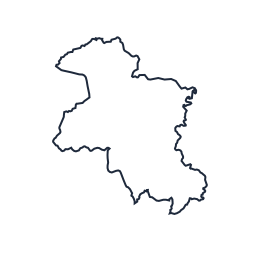 Katanda, Kasaï-Oriental, Democratic Republic of the Congo, rotated 164°
{"feature_id": "63176286B83227238071318", "entity_name": "Katanda", "entity_type": "district", "adm_level": 2, "iso_a3": "COD", "parent_name": "Democratic Republic of the Congo", "parent_adm1": "Kasaï-Oriental", "projection": "orthographic", "projection_center": [23.871, -6.077], "detail": "fine", "context": "isolated", "style": "outline", "palette": "slate", "viewbox_px": 256, "rotation_deg": 164, "n_neighbors": 0, "source": "geoboundaries", "source_scale": "gbopen_adm2", "svg_char_len": 4725}
<svg xmlns="http://www.w3.org/2000/svg" viewBox="0 0 256 256"><g transform="rotate(164 128 128)"><path d="M142.4,53.7L139.4,54.7L138.9,56.8L137.3,56.7L136.2,57.9L136.2,58.9L134.6,60.8L132.9,61.4L130.4,61.7L129.3,63.1L127.9,62.1L127.1,63.2L126.0,63.0L126.4,62.1L126.0,55.7L123.8,54.7L120.6,50.4L118.4,49.4L113.9,49.3L111.3,48.6L108.4,47.0L108.1,48.0L106.8,48.5L106.2,48.8L105.5,49.0L105.3,48.4L105.2,47.8L105.0,47.1L105.2,46.4L105.3,45.6L105.5,44.8L105.7,44.0L105.9,43.1L106.3,42.5L107.3,41.1L107.7,41.0L108.1,40.8L108.1,40.1L108.2,39.3L108.2,38.6L109.1,37.7L109.6,37.6L110.0,37.5L110.2,35.9L110.8,35.2L111.4,34.4L110.0,34.4L107.1,32.6L104.4,32.6L103.6,32.8L101.3,33.3L99.7,34.4L96.8,35.4L93.7,38.3L92.2,38.1L91.8,38.9L89.7,40.6L88.0,43.4L87.0,43.1L86.4,42.0L83.8,41.9L81.1,40.5L80.2,39.2L79.8,38.6L78.9,38.4L77.9,39.0L75.4,38.9L74.7,39.6L74.7,40.0L74.8,40.3L76.3,41.3L76.5,42.0L75.7,43.5L74.6,43.4L74.0,44.7L71.5,45.5L71.1,46.2L71.3,47.1L72.5,48.7L72.2,49.4L70.5,49.5L69.7,49.9L68.6,50.5L67.9,51.5L68.2,56.9L67.1,59.6L67.3,61.0L68.3,62.4L69.5,64.3L70.6,65.2L70.9,66.0L71.6,67.9L73.3,69.1L75.1,69.3L78.6,71.8L79.0,71.7L79.4,72.4L77.6,75.2L78.0,75.8L78.1,76.0L82.9,75.8L83.7,76.8L84.0,77.6L85.6,81.6L84.7,83.1L83.3,84.1L83.1,84.8L82.9,85.5L83.4,88.7L83.2,90.5L83.8,92.0L85.3,93.1L87.0,93.3L87.6,93.3L88.3,94.2L88.4,94.4L88.5,95.4L87.0,97.4L86.3,99.3L84.8,100.3L83.7,102.3L80.6,104.0L79.9,104.8L79.7,105.4L80.5,107.1L81.6,108.4L82.0,110.6L83.2,112.2L83.1,112.6L82.6,114.9L81.3,115.9L80.0,116.3L79.2,115.9L77.9,115.3L76.8,116.5L75.6,116.4L73.8,114.7L71.9,114.4L71.8,114.5L71.6,114.9L72.6,117.7L72.7,119.1L72.2,119.7L70.7,119.6L70.1,119.9L70.5,122.3L70.6,122.6L69.7,123.7L69.0,126.1L66.8,128.5L69.1,133.2L68.3,134.7L67.5,134.7L67.2,133.6L66.8,133.4L66.4,133.2L65.5,133.7L61.8,133.6L61.5,133.7L60.4,134.2L60.6,135.2L64.5,137.1L64.9,138.4L64.2,139.6L62.4,141.2L61.0,141.3L60.3,140.7L60.4,140.3L60.5,140.2L61.4,139.7L60.8,139.1L58.4,139.0L55.9,145.2L55.5,145.6L54.8,145.2L54.3,143.2L53.8,142.7L53.0,143.1L52.2,145.1L52.3,146.0L54.0,146.3L52.7,147.0L52.8,147.8L54.8,149.3L58.5,148.7L59.7,148.8L60.2,148.8L61.3,150.5L61.7,151.1L65.7,151.1L66.7,153.3L69.1,160.0L73.0,163.2L79.5,164.5L85.1,167.7L93.1,168.4L94.8,169.1L95.3,169.4L97.3,174.4L102.4,175.7L104.4,174.0L105.3,174.1L106.8,175.7L109.2,175.6L109.9,176.6L107.9,179.8L107.7,180.0L106.0,181.2L102.5,181.8L100.9,187.7L98.2,190.9L99.0,194.5L100.2,195.4L102.3,195.1L103.6,195.4L104.8,196.4L106.7,199.8L109.9,203.2L110.2,204.3L110.3,204.9L109.8,209.5L110.0,211.3L111.6,213.1L111.0,215.2L111.7,216.7L112.6,217.8L113.4,218.1L115.3,217.3L116.0,217.3L119.5,217.4L120.8,215.7L125.0,216.7L127.4,216.2L127.5,216.3L127.9,216.7L128.7,219.6L128.2,220.6L128.1,220.8L129.6,221.3L130.9,222.3L132.7,222.3L133.8,222.9L133.7,221.8L134.1,221.3L136.0,222.9L137.4,223.4L138.1,223.3L139.8,221.7L144.7,219.8L145.9,220.0L147.2,218.8L148.7,219.8L150.0,219.8L151.7,218.1L158.7,218.5L159.0,218.5L160.5,216.4L161.5,216.7L162.0,216.8L165.1,217.0L166.4,215.8L168.0,215.8L170.3,214.1L172.9,214.2L173.5,212.8L176.0,211.2L175.9,209.3L177.9,208.2L179.3,208.5L180.2,207.2L178.6,205.2L176.1,202.0L173.8,200.7L170.1,198.7L167.3,197.2L160.1,193.0L157.0,191.9L155.5,190.5L154.6,188.4L154.7,184.7L155.3,179.4L155.9,171.4L156.6,168.0L158.9,167.2L159.6,166.9L160.4,166.6L161.2,166.4L162.7,165.8L163.4,165.4L164.1,165.0L164.7,164.6L165.5,164.7L166.2,164.8L167.0,164.9L168.5,165.1L169.3,165.2L170.0,165.3L170.8,165.5L171.3,165.1L171.7,164.8L172.3,163.3L172.7,162.5L173.0,161.7L175.1,161.7L175.9,161.7L176.4,161.1L176.9,160.6L177.4,160.0L178.0,160.0L178.7,159.9L180.0,160.6L180.7,160.3L181.4,159.9L182.1,160.5L182.8,161.0L184.2,160.9L184.9,160.9L185.2,160.2L185.8,158.7L186.1,158.0L186.4,157.2L186.6,156.5L187.1,155.8L193.8,147.6L194.1,146.3L193.8,144.9L194.0,142.8L194.8,141.9L198.4,140.2L200.3,138.5L201.4,138.3L203.3,136.6L203.8,135.4L202.0,131.1L200.6,130.4L200.0,127.5L198.8,126.1L198.2,124.5L197.5,123.9L197.3,123.8L195.5,123.9L194.0,124.9L191.9,124.2L191.3,124.1L189.7,124.4L188.0,124.7L187.5,122.8L186.0,120.7L185.0,120.2L184.5,119.9L181.4,120.0L180.7,120.6L179.4,121.7L177.1,121.8L175.9,122.4L174.6,122.3L173.3,120.8L171.9,120.0L170.7,116.7L170.2,116.3L169.2,116.2L166.1,117.4L162.9,117.4L161.3,116.7L159.0,114.3L156.8,113.1L153.4,114.7L152.2,114.3L151.4,113.3L153.6,112.1L155.1,107.8L155.9,104.6L156.6,100.3L157.9,97.7L158.7,95.1L158.7,92.5L157.6,90.8L155.8,89.7L153.9,89.9L151.3,90.1L149.1,89.9L147.7,88.8L147.3,87.1L146.8,81.4L146.7,80.1L146.5,78.0L146.0,73.7L145.6,72.0L145.0,71.5L144.3,71.1L143.0,68.7L142.8,68.0L142.7,67.2L142.5,66.5L142.4,65.7L142.2,65.0L142.0,64.2L142.5,63.5L143.0,62.7L143.4,62.0L142.9,61.4L142.4,60.8L141.9,58.4L141.8,55.7L142.4,53.7Z" fill="none" stroke="#1e293b" stroke-width="2"/></g></svg>